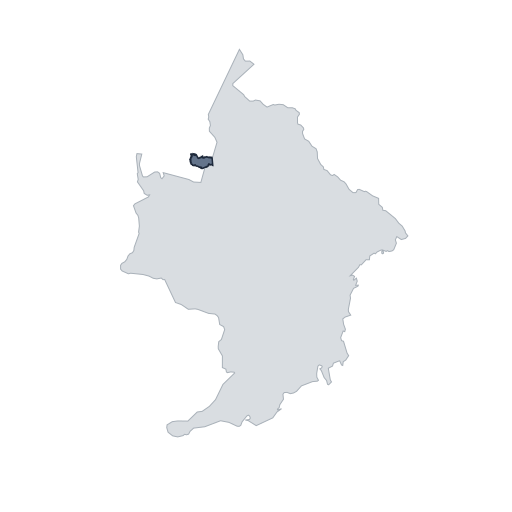 Yavaraté (Cor. Departamental), Vaupés, Colombia (highlighted), rotated 195°
{"feature_id": "7082276B57930571389360", "entity_name": "Yavaraté (Cor. Departamental)", "entity_type": "district", "adm_level": 2, "iso_a3": "COL", "parent_name": "Colombia", "parent_adm1": "Vaupés", "projection": "mercator", "projection_center": [-69.777, 0.831], "detail": "fine", "context": "in_parent", "style": "filled", "palette": "slate", "viewbox_px": 512, "rotation_deg": 195, "n_neighbors": 0, "source": "geoboundaries", "source_scale": "gbopen_adm2", "svg_char_len": 7606}
<svg xmlns="http://www.w3.org/2000/svg" viewBox="0 0 512 512"><g transform="rotate(195 256 256)"><path d="M294.0,74.3L289.0,76.4L279.1,78.9L272.4,90.1L267.8,92.0L262.1,98.7L257.9,106.8L254.7,123.4L246.3,137.5L247.0,138.1L250.4,137.5L253.5,135.9L254.6,136.4L255.8,138.9L259.6,139.5L262.6,150.8L268.4,156.6L269.1,158.9L269.8,163.6L267.8,166.4L267.2,176.8L269.0,179.4L273.3,180.4L276.2,186.8L278.0,188.3L280.6,189.3L287.0,188.3L298.4,189.4L301.1,189.2L307.6,187.0L315.7,189.8L321.7,190.2L338.1,209.6L339.7,209.1L341.8,210.2L345.9,208.2L349.5,207.9L354.2,208.9L360.3,208.9L372.7,206.9L374.6,205.8L381.4,206.9L383.4,208.3L384.4,212.0L383.6,214.2L381.2,216.5L379.9,219.4L379.6,222.9L378.4,225.5L376.2,227.2L375.4,229.6L375.9,232.9L374.7,247.5L375.6,248.7L376.4,254.7L379.2,262.5L380.6,264.7L383.0,266.5L387.4,272.9L386.4,275.1L375.2,285.2L374.6,287.5L376.8,286.5L380.2,287.5L381.4,289.9L389.7,296.9L389.6,299.5L392.0,304.8L391.5,306.0L397.3,320.9L397.5,324.1L392.7,324.9L392.5,314.9L391.8,312.9L386.4,304.0L385.3,303.2L381.7,304.3L375.6,310.9L372.8,311.8L370.5,310.9L368.3,307.0L366.8,306.3L365.4,309.6L367.2,312.5L340.6,312.5L335.4,311.3L328.3,312.8L328.2,327.9L340.8,328.1L344.2,332.4L343.9,336.0L344.4,337.2L341.4,337.9L337.0,335.6L329.2,338.4L323.5,339.1L323.1,355.8L326.5,360.0L333.3,364.4L334.2,367.5L333.8,370.3L335.4,373.9L337.6,375.8L337.6,378.0L338.7,380.4L325.5,451.3L320.8,447.0L319.1,443.1L316.8,441.5L312.4,442.7L307.6,440.7L323.0,416.6L322.5,414.5L309.6,408.6L308.3,407.1L302.2,404.0L298.8,404.9L296.9,406.5L292.2,406.9L288.4,404.4L283.9,402.7L278.5,406.8L276.9,406.7L273.1,408.5L268.9,409.2L263.6,407.4L259.2,408.6L256.2,408.3L255.1,407.1L251.3,405.6L250.8,404.0L251.9,401.0L250.3,395.2L249.6,394.2L246.7,394.1L243.3,392.0L242.6,390.7L243.3,388.4L242.7,386.3L239.4,381.7L234.7,380.4L230.3,376.5L225.8,375.2L223.8,372.4L221.8,366.1L217.2,361.2L214.0,359.5L212.9,357.2L209.5,356.9L205.0,353.7L203.0,353.5L201.6,355.0L197.5,353.5L193.9,351.1L190.2,350.5L187.8,349.0L183.4,344.5L178.7,342.3L175.9,343.1L175.0,346.5L173.5,347.1L168.0,346.2L167.1,346.9L165.7,346.8L159.0,344.3L152.5,343.4L150.8,337.7L146.6,335.7L145.3,333.0L142.4,333.3L131.1,328.2L126.5,324.6L122.5,322.7L118.4,318.7L117.7,317.1L114.5,314.7L116.1,311.7L119.9,309.5L125.0,311.2L125.6,307.7L123.7,304.7L124.6,297.7L125.9,296.1L128.7,294.7L130.4,295.2L131.5,294.1L135.6,294.6L136.8,294.1L140.0,291.3L141.3,289.0L142.7,289.3L146.1,285.5L145.5,281.7L148.7,280.9L152.0,274.7L153.4,274.5L154.1,271.6L159.9,261.3L157.8,262.5L155.5,261.8L155.9,258.4L155.2,257.9L153.3,260.6L151.7,257.9L152.2,253.5L149.6,254.3L149.7,253.3L153.4,250.0L155.0,242.5L153.8,239.7L153.0,228.4L152.3,226.2L149.2,223.4L154.1,220.1L155.9,217.7L153.7,212.7L150.7,208.4L150.7,205.9L152.4,206.1L153.1,199.1L151.5,196.4L149.4,196.3L143.0,185.9L140.7,183.7L142.4,178.7L144.4,176.5L143.9,172.7L145.2,172.9L148.0,176.4L149.1,175.8L153.5,172.5L153.6,169.5L157.1,166.3L152.2,155.6L150.5,153.9L152.5,150.4L153.7,150.6L155.6,154.0L158.7,156.2L163.2,162.2L165.1,163.5L163.7,164.8L163.4,166.2L164.1,167.0L166.7,167.2L167.7,165.6L167.0,158.3L165.9,154.7L163.5,152.1L164.3,151.0L168.9,149.3L178.5,142.3L181.8,135.8L184.3,133.4L187.2,131.9L190.7,132.3L193.4,131.4L194.2,129.4L192.4,124.8L194.5,118.6L194.4,115.5L195.7,113.6L195.3,112.9L191.8,115.1L195.4,110.7L197.9,104.0L211.9,92.2L221.0,95.0L223.9,94.8L220.1,96.3L219.5,98.0L220.8,99.8L222.2,100.3L223.4,99.2L226.5,92.3L226.9,88.4L228.2,87.1L230.2,86.7L239.1,88.3L247.6,87.7L261.3,77.8L271.7,73.6L274.3,69.6L275.0,66.5L276.9,65.3L278.8,65.3L280.0,63.6L284.8,61.0L289.9,60.7L295.3,63.0L297.8,67.1L298.2,69.9L294.0,74.3ZM135.7,293.3L135.1,293.9L133.9,292.9L133.5,291.8L134.2,290.9L135.2,291.2L135.7,293.3Z" fill="#d9dde1" stroke="#a8b0b8" stroke-width="1"/><path d="M323.8,339.4L324.1,339.5L324.3,339.9L324.5,339.8L324.8,339.7L324.9,339.4L324.7,339.3L324.7,339.2L324.8,339.2L325.0,339.3L325.0,339.2L325.4,339.1L325.5,339.2L325.6,339.3L325.6,339.5L325.8,339.5L326.0,339.6L326.4,339.5L326.4,339.4L326.6,339.3L326.7,339.1L326.7,338.9L326.8,338.9L327.0,339.0L327.1,338.9L327.2,339.0L327.4,339.1L327.5,339.1L327.8,339.0L328.0,339.1L328.1,338.9L328.4,338.9L328.5,338.9L328.8,338.8L329.0,338.9L329.2,339.1L329.3,339.2L329.5,339.1L329.7,338.9L329.8,338.7L330.1,338.5L330.3,338.5L330.3,338.4L330.5,338.2L330.7,338.3L330.8,338.4L331.0,338.3L331.1,338.2L331.3,337.9L331.3,337.6L331.5,337.6L331.6,337.4L331.8,337.3L331.9,337.5L332.0,337.3L332.0,337.1L332.4,337.0L332.5,337.1L332.9,337.1L333.0,337.2L332.9,337.3L333.0,337.4L333.1,337.6L333.3,337.7L333.3,337.9L333.6,337.8L333.8,338.1L333.8,338.3L333.9,338.2L333.9,337.9L334.0,337.7L334.3,337.7L334.2,337.5L334.2,337.4L334.4,337.2L334.5,337.1L334.8,336.9L334.8,336.7L335.0,336.7L335.5,336.7L335.6,336.3L335.6,336.2L336.0,335.9L336.2,336.0L336.3,335.9L336.4,335.7L336.5,335.7L336.8,335.4L337.1,335.4L337.3,335.5L337.4,335.8L337.6,335.9L337.8,335.9L337.9,336.0L337.9,336.3L338.0,336.4L338.2,336.5L338.3,336.5L338.5,336.8L338.6,337.0L338.8,337.2L338.9,337.3L339.0,337.4L339.3,337.7L339.5,337.8L339.7,338.2L339.8,338.3L339.9,338.2L340.0,338.0L340.1,337.8L340.2,337.6L340.3,337.6L340.5,337.6L340.5,337.8L340.6,338.0L340.6,337.8L340.8,337.7L341.1,337.4L341.4,337.4L341.3,337.7L341.3,337.8L341.4,338.0L341.1,338.4L341.1,338.5L341.4,338.4L341.5,338.5L341.8,338.4L341.9,338.5L342.0,338.4L342.1,338.5L342.3,338.4L342.5,338.6L342.8,338.5L343.0,338.3L343.4,338.4L343.4,338.2L343.3,337.8L343.5,337.7L343.4,337.5L343.5,337.5L343.6,337.4L343.8,337.3L344.0,337.4L344.0,337.5L344.1,337.4L344.3,337.3L344.4,337.5L344.6,337.6L344.8,337.5L345.0,337.6L345.1,337.8L345.3,337.7L345.3,337.3L345.0,337.1L344.6,336.3L344.5,336.2L344.4,336.1L344.1,335.9L343.9,336.0L343.9,335.9L343.6,335.5L343.7,335.2L343.9,335.0L343.9,334.9L344.3,334.9L344.6,334.7L344.6,334.4L344.5,334.2L344.4,334.1L344.5,334.0L344.4,333.8L344.3,333.7L344.2,333.6L344.1,333.4L344.2,333.1L344.1,332.9L344.3,332.8L344.6,332.9L344.9,332.3L344.8,332.2L344.5,332.1L344.4,332.0L344.1,331.8L343.8,331.5L343.7,331.3L343.6,331.2L343.6,330.8L343.8,330.7L344.0,330.8L344.2,330.7L344.0,330.4L343.8,330.3L343.5,330.2L343.3,330.2L343.2,330.1L343.2,329.9L343.0,329.7L343.4,329.4L343.3,329.2L343.2,329.0L343.1,328.9L342.8,328.6L342.6,328.4L342.4,328.3L342.3,328.1L342.2,327.9L341.9,328.0L341.6,328.0L341.3,328.0L341.3,327.8L341.1,327.8L341.0,327.7L340.9,327.7L340.7,327.4L340.6,327.2L340.4,327.2L340.2,327.4L339.8,327.4L339.7,327.4L339.4,327.4L339.3,327.2L339.2,327.2L339.1,327.5L338.9,327.8L338.7,327.9L338.6,328.2L338.5,328.3L338.4,328.3L338.1,328.2L337.9,327.9L337.9,327.7L337.5,327.6L337.3,327.5L337.0,327.5L336.8,327.4L336.7,327.4L335.9,327.6L335.5,327.6L335.1,327.5L334.6,327.5L334.1,327.1L333.9,327.0L333.6,327.0L333.4,327.2L333.3,327.3L333.2,327.2L332.8,327.3L332.5,327.4L332.3,327.6L332.2,327.6L331.9,327.5L331.6,327.5L331.6,327.4L331.6,327.0L331.7,326.5L331.4,326.5L331.2,326.7L330.9,326.6L330.7,326.6L330.0,326.9L329.9,327.0L329.7,327.1L329.5,327.5L329.4,327.7L329.1,327.8L328.1,328.6L327.9,328.6L327.5,328.8L327.3,329.1L327.3,329.3L327.2,329.5L326.7,329.3L326.6,329.2L326.5,329.3L326.5,329.5L326.4,329.7L326.0,329.9L325.9,330.0L325.7,330.2L325.7,330.6L325.7,330.8L325.7,331.0L325.7,331.3L325.4,331.2L325.2,331.2L325.2,331.4L325.2,331.5L325.2,331.8L325.2,332.0L325.3,332.3L325.2,332.3L325.4,332.5L325.3,332.8L325.2,332.8L324.9,332.7L324.6,332.6L324.3,332.4L324.2,332.4L323.9,332.5L323.7,332.5L323.5,332.4L323.3,332.5L323.2,332.4L323.1,332.5L322.9,332.5L322.7,332.7L322.7,332.9L322.6,333.0L322.4,333.1L322.2,333.2L322.0,333.3L321.9,333.2L321.7,332.9L321.6,332.7L321.4,332.3L321.2,332.3L323.8,339.4Z" fill="#64748b" stroke="#1e293b" stroke-width="1.5"/></g></svg>